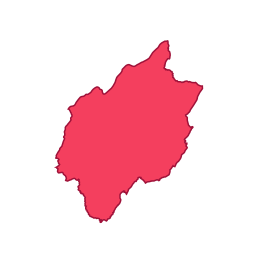 Filadelfia, Caldas, Colombia (Equal Earth projection), rotated 32°
{"feature_id": "7082276B92854280853001", "entity_name": "Filadelfia", "entity_type": "district", "adm_level": 2, "iso_a3": "COL", "parent_name": "Colombia", "parent_adm1": "Caldas", "projection": "equal_earth", "projection_center": [-75.566, 5.29], "detail": "fine", "context": "isolated", "style": "filled", "palette": "rose", "viewbox_px": 256, "rotation_deg": 32, "n_neighbors": 0, "source": "geoboundaries", "source_scale": "gbopen_adm2", "svg_char_len": 5863}
<svg xmlns="http://www.w3.org/2000/svg" viewBox="0 0 256 256"><g transform="rotate(32 128 128)"><path d="M170.0,86.5L171.1,84.3L171.2,82.9L171.5,82.2L171.6,81.3L171.3,79.3L171.5,74.4L171.5,68.1L171.2,66.6L170.4,64.7L170.3,63.9L170.0,59.8L170.3,55.2L168.8,53.0L167.6,53.8L165.0,54.3L163.9,54.2L162.3,53.7L161.1,53.6L160.6,54.2L158.0,55.6L155.7,56.0L154.9,56.9L153.4,56.9L152.6,57.3L151.3,58.6L151.1,58.9L151.0,59.7L150.2,59.9L149.7,60.8L148.3,60.9L145.7,62.3L145.1,62.2L144.6,61.9L143.6,62.7L143.0,62.6L141.4,61.9L140.9,61.9L140.5,61.5L140.1,61.5L139.8,61.1L139.2,61.3L139.0,61.0L138.4,59.7L137.7,59.6L137.4,59.4L137.3,59.0L137.5,58.5L137.4,58.1L136.1,57.7L135.4,56.9L134.5,57.2L133.5,56.9L132.6,56.8L132.0,57.1L131.6,57.2L130.7,58.0L129.8,57.8L129.2,58.6L128.9,58.6L128.3,58.0L127.3,58.3L126.7,57.9L126.4,56.1L126.2,55.5L125.7,55.4L125.7,54.3L125.0,52.6L124.8,50.5L125.0,48.1L125.4,47.8L126.3,47.5L126.5,47.4L126.5,47.1L126.2,46.1L125.8,45.7L125.5,44.5L124.5,42.9L122.9,41.3L121.4,41.0L120.9,40.7L120.1,39.1L119.5,39.1L119.3,37.4L118.9,36.4L117.1,35.2L116.4,33.9L115.8,33.3L115.5,33.1L114.6,34.0L113.2,34.9L111.5,38.0L110.9,39.9L110.8,41.3L110.9,43.0L110.8,44.3L110.3,45.7L109.3,49.6L109.0,51.1L109.0,57.5L108.0,59.9L105.4,64.4L104.7,65.1L103.2,68.0L102.2,69.6L101.5,71.3L100.7,72.4L99.8,72.9L98.8,73.2L95.3,73.7L94.5,74.3L93.8,75.2L93.4,75.8L93.0,77.2L92.1,81.3L92.7,82.8L92.8,83.8L92.7,85.5L91.8,89.8L91.7,91.1L92.2,93.6L92.9,96.1L93.1,100.0L92.9,103.0L90.9,110.0L90.3,111.4L89.6,112.0L88.7,112.1L87.3,111.2L86.1,109.8L85.3,109.6L83.4,110.0L82.4,109.3L81.5,109.2L80.4,109.4L79.6,110.0L78.6,111.8L78.0,113.5L77.7,115.1L77.6,117.5L76.6,119.9L76.3,120.6L75.8,121.0L74.7,121.6L74.5,121.9L74.1,123.6L73.4,124.8L72.7,125.3L71.7,126.3L71.2,127.3L70.8,130.0L70.5,133.7L70.7,135.9L70.6,137.0L70.0,138.2L67.9,140.2L67.6,140.9L67.3,142.3L67.3,143.6L67.9,143.4L68.6,143.6L70.3,144.5L71.2,145.2L71.7,145.3L72.6,146.2L73.5,146.6L74.0,147.3L74.4,148.2L74.1,149.3L74.2,149.9L74.7,150.8L75.1,151.0L75.4,151.4L75.4,153.1L74.9,156.8L74.9,157.6L74.5,159.2L74.5,160.7L75.6,162.4L76.1,165.0L77.2,166.1L78.2,167.6L78.2,168.0L78.1,169.4L78.3,169.8L78.6,170.1L79.5,170.2L79.8,170.6L80.0,171.3L80.2,173.2L81.6,178.6L81.2,180.4L81.1,181.6L81.5,182.4L81.6,183.4L81.5,185.5L81.7,189.3L82.5,190.4L82.7,191.7L83.0,191.8L83.6,191.3L84.6,191.0L86.0,191.2L86.2,191.5L85.9,192.7L86.0,193.1L86.4,193.5L87.2,193.9L87.8,194.7L89.3,195.1L89.2,196.7L88.9,197.2L88.2,199.0L88.0,199.3L88.3,199.2L89.1,199.8L90.2,199.7L91.2,202.1L92.3,202.8L93.0,202.8L93.4,202.5L95.3,200.8L96.1,200.4L96.9,200.7L97.8,201.4L100.3,201.7L101.4,202.4L102.5,203.5L102.9,205.5L103.2,205.5L103.7,205.3L104.7,205.1L105.3,204.4L106.1,203.1L107.0,202.2L107.9,200.5L109.1,199.2L109.8,199.0L111.4,199.4L112.3,199.3L112.8,199.0L113.0,198.5L113.1,197.9L113.2,197.7L113.7,197.7L113.9,197.8L114.6,199.4L115.5,199.6L116.2,201.1L116.6,201.3L116.9,201.7L117.1,202.2L117.0,202.8L116.7,203.9L116.7,204.2L116.9,204.5L117.8,204.8L118.3,205.7L118.4,206.6L118.7,206.8L119.7,206.9L120.7,206.7L121.2,207.7L121.5,207.7L121.7,207.3L121.9,207.3L122.5,208.3L122.9,208.4L123.2,208.4L123.6,207.8L124.7,207.9L125.3,207.8L125.6,208.4L128.6,209.6L128.9,210.9L130.1,212.1L130.1,212.9L131.3,213.6L131.6,214.9L132.4,215.8L132.8,216.7L133.7,216.8L134.0,216.6L134.2,217.6L134.9,218.8L135.4,219.0L135.9,219.6L136.8,219.5L137.5,220.1L137.6,220.5L139.3,220.9L139.8,221.4L140.0,221.9L140.7,222.2L141.4,222.1L141.6,222.4L142.2,222.9L143.1,222.9L143.9,222.5L144.7,222.7L145.7,222.4L146.6,222.5L147.5,221.9L147.8,221.5L148.4,221.3L149.1,221.5L150.1,220.6L151.7,220.1L152.3,220.5L152.7,221.2L152.9,221.1L153.8,220.0L154.2,220.1L154.5,221.1L154.4,221.3L153.9,221.6L153.9,222.1L154.2,222.5L154.8,222.5L155.2,222.1L155.5,219.5L156.1,218.6L156.7,218.3L157.8,218.4L159.0,218.2L159.2,217.2L159.0,216.6L159.2,215.6L159.7,215.3L160.0,215.0L160.1,214.4L160.5,214.0L160.4,213.0L160.0,212.7L160.0,212.2L160.4,211.5L160.2,210.7L160.3,210.1L160.8,209.6L160.8,209.2L160.5,208.1L160.1,207.8L160.4,207.5L160.3,206.9L160.6,206.7L160.5,206.4L160.1,206.2L160.0,203.3L159.8,202.2L160.1,201.3L160.0,200.2L160.4,199.4L160.2,198.8L160.6,198.4L160.5,197.9L160.9,196.8L160.6,194.6L160.0,192.8L159.3,192.2L158.7,192.0L158.2,191.5L157.3,190.0L156.8,189.3L156.5,188.6L156.4,187.7L156.7,186.3L157.6,183.8L158.3,183.5L158.5,184.4L158.8,184.6L159.9,183.9L160.4,183.9L161.1,184.7L161.8,184.9L161.4,181.1L160.9,179.6L161.2,178.9L161.9,176.1L161.7,172.8L161.9,172.5L162.0,172.0L162.0,170.3L162.5,169.3L163.1,169.1L163.2,168.9L163.0,167.6L163.2,166.7L163.5,165.9L162.9,165.1L162.9,164.7L163.8,163.7L164.0,163.8L164.4,163.7L164.7,163.3L165.2,163.1L165.4,163.3L165.6,164.0L166.6,163.9L167.7,164.2L168.7,164.0L170.1,164.7L170.8,164.8L171.8,165.4L172.1,165.4L172.2,164.8L172.9,163.5L175.0,161.8L175.5,161.0L175.9,160.8L176.4,160.1L177.0,159.9L178.3,158.9L178.8,158.0L179.3,157.6L179.9,156.6L180.5,156.3L181.6,156.4L182.0,156.3L182.4,155.7L181.9,155.3L181.8,155.0L182.1,154.6L182.1,154.2L182.5,153.9L182.5,153.4L183.0,152.5L183.1,152.0L183.8,151.5L184.5,150.5L185.7,149.6L187.5,146.0L187.5,145.5L186.9,143.2L186.3,142.0L185.7,141.3L186.1,139.7L186.2,136.2L186.7,136.4L188.2,135.9L188.0,134.2L187.8,133.2L187.8,132.3L187.9,130.8L188.2,130.3L188.5,129.4L188.7,126.1L188.4,124.4L187.6,122.1L188.4,120.2L188.7,119.1L188.7,118.3L188.4,116.6L188.6,115.3L188.7,113.4L188.1,112.9L186.8,112.6L186.5,111.8L186.5,110.8L186.0,109.7L185.7,109.8L185.5,110.0L185.5,110.7L185.2,110.8L184.6,110.3L183.7,110.0L183.5,109.7L183.5,109.4L183.8,108.9L183.8,108.5L182.9,108.1L182.3,108.2L182.0,108.0L181.9,106.9L182.4,105.5L182.9,103.5L183.0,102.0L182.8,100.8L182.8,99.1L182.4,97.6L182.5,95.9L181.9,93.5L181.9,92.9L182.2,92.9L182.6,93.2L182.6,92.9L182.2,92.7L181.7,92.9L181.5,93.1L181.1,94.3L177.8,93.5L174.5,90.4L173.8,89.5L172.8,87.8L172.2,87.5L170.7,87.2L170.0,86.5Z" fill="#f43f5e" stroke="#9f1239" stroke-width="1.5"/></g></svg>